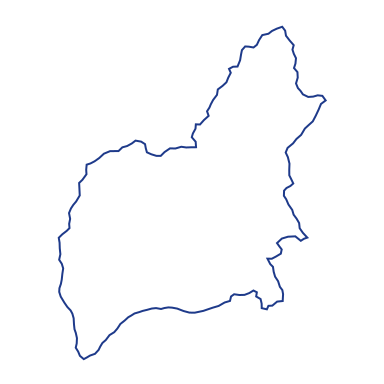 the district of Guarulhos, São Paulo, Brazil, rotated 354°
{"feature_id": "56859067B75389058468557", "entity_name": "Guarulhos", "entity_type": "district", "adm_level": 2, "iso_a3": "BRA", "parent_name": "Brazil", "parent_adm1": "São Paulo", "projection": "orthographic", "projection_center": [-46.447, -23.392], "detail": "fine", "context": "isolated", "style": "outline", "palette": "blue", "viewbox_px": 384, "rotation_deg": 354, "n_neighbors": 0, "source": "geoboundaries", "source_scale": "gbopen_adm2", "svg_char_len": 2754}
<svg xmlns="http://www.w3.org/2000/svg" viewBox="0 0 384 384"><g transform="rotate(354 192 192)"><path d="M334.5,114.9L331.7,110.0L327.1,109.0L322.5,109.8L317.5,109.6L312.5,106.5L310.5,102.8L308.2,99.7L306.8,94.9L309.1,89.3L309.4,83.8L306.4,79.4L308.3,75.1L309.4,69.8L307.7,65.2L306.8,60.9L308.5,56.6L305.0,51.6L301.8,46.4L301.5,41.3L299.0,37.1L293.5,38.4L288.4,40.2L284.6,42.6L278.3,43.3L274.6,47.9L271.9,52.4L268.3,54.7L263.7,53.4L260.1,52.8L256.5,56.1L255.2,60.2L253.6,66.0L250.4,72.0L245.9,71.7L241.7,73.4L243.0,77.5L240.0,82.1L237.7,86.5L233.4,89.7L228.4,92.7L227.0,98.0L222.6,102.7L219.9,106.7L218.2,109.8L215.4,113.3L216.5,118.0L211.4,121.7L207.0,125.7L202.9,125.1L202.1,129.4L199.0,133.9L197.5,137.5L200.9,142.4L200.7,147.9L195.4,147.4L190.9,147.1L186.1,145.9L180.0,147.0L174.7,146.3L168.9,149.4L164.7,152.8L160.3,152.3L155.4,150.2L151.3,147.8L150.6,143.6L150.3,139.5L146.7,136.6L141.2,135.0L137.3,137.4L132.3,139.5L127.4,140.3L123.2,143.6L114.8,142.8L108.4,144.7L103.3,148.5L98.3,151.3L94.0,153.0L90.1,153.8L89.1,158.8L88.9,163.3L84.2,168.5L80.7,171.2L80.4,176.7L80.0,183.7L75.8,189.3L72.6,192.4L69.9,195.7L67.5,200.1L68.0,206.0L66.5,210.8L66.4,215.1L63.3,217.6L58.6,220.5L54.7,223.6L55.0,228.6L54.6,234.2L54.6,240.1L52.8,245.5L55.0,249.8L55.9,254.5L54.5,259.9L53.3,265.5L52.0,269.7L50.1,273.8L49.5,277.5L50.5,282.3L53.5,288.7L56.0,293.3L58.9,297.1L60.3,300.5L61.1,305.2L60.8,311.4L60.8,316.2L61.7,320.0L62.3,325.3L61.5,330.6L60.1,334.7L62.1,338.8L63.4,343.2L66.9,346.9L70.3,345.5L73.5,344.0L78.6,342.8L82.6,339.3L84.6,336.1L87.1,332.8L90.8,330.2L95.0,325.7L100.0,323.3L103.5,320.0L107.0,315.7L111.6,312.8L115.5,309.9L118.7,308.5L122.1,306.8L127.1,305.9L130.5,305.1L135.0,304.5L139.8,303.7L144.1,303.7L149.0,305.1L152.4,304.5L156.4,304.3L160.0,304.9L165.1,306.4L171.2,309.5L176.9,311.7L182.2,312.3L187.1,311.8L190.9,311.4L194.8,310.5L200.6,309.2L206.6,308.1L212.9,305.3L218.4,304.3L219.9,300.0L223.2,298.1L228.4,299.4L233.5,299.8L238.4,298.5L242.8,296.4L246.0,298.5L244.9,302.6L249.0,305.6L249.6,310.3L249.2,314.8L254.2,316.5L256.1,313.2L260.0,313.4L265.2,309.9L270.8,309.9L271.9,303.1L271.6,299.0L269.5,295.5L268.3,289.7L265.8,284.9L264.9,279.9L264.7,274.9L262.3,271.9L260.1,266.2L264.4,266.7L268.7,265.0L273.9,262.6L275.2,258.5L273.3,255.4L271.2,251.7L276.5,247.7L282.8,246.5L290.1,246.9L295.1,251.9L298.5,250.2L301.9,249.4L298.0,244.2L295.3,239.3L295.3,234.1L293.2,229.4L290.7,225.2L289.8,220.3L286.6,214.5L284.9,209.0L283.0,205.4L283.7,200.3L286.4,197.9L290.5,196.3L293.6,194.1L291.9,189.3L290.5,185.6L291.0,180.4L291.9,174.0L291.0,167.4L289.3,162.5L291.7,158.1L297.6,154.2L301.4,150.2L306.5,146.6L310.9,140.7L315.2,137.5L319.5,134.4L323.1,129.0L326.6,123.2L329.5,117.9L334.5,114.9Z" fill="none" stroke="#1e3a8a" stroke-width="2"/></g></svg>